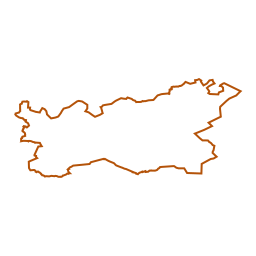 the district of Šķaunes pag., Dagdas, Latvia
{"feature_id": "27541924B39109314614012", "entity_name": "Šķaunes pag.", "entity_type": "district", "adm_level": 2, "iso_a3": "LVA", "parent_name": "Latvia", "parent_adm1": "Dagdas", "projection": "equal_earth", "projection_center": [27.922, 56.167], "detail": "fine", "context": "isolated", "style": "outline", "palette": "amber", "viewbox_px": 256, "rotation_deg": 0, "n_neighbors": 0, "source": "geoboundaries", "source_scale": "gbopen_adm2", "svg_char_len": 5474}
<svg xmlns="http://www.w3.org/2000/svg" viewBox="0 0 256 256"><path d="M22.5,101.7L22.5,101.8L22.4,102.0L22.2,102.3L22.0,102.6L22.0,102.8L21.9,103.0L21.8,103.7L20.8,104.0L20.3,104.3L20.1,104.4L20.0,104.6L20.1,105.0L20.1,106.1L20.1,106.5L20.1,107.2L20.1,107.4L20.1,107.7L20.1,107.8L20.1,108.0L20.1,108.4L20.1,108.7L20.2,109.3L20.1,110.6L20.2,110.9L20.2,111.0L19.9,111.1L19.7,111.5L19.1,112.5L18.8,112.6L17.3,113.0L15.6,113.5L15.5,114.4L15.4,114.5L16.1,115.5L19.0,117.4L20.8,118.0L22.6,118.2L22.7,118.5L22.9,118.7L23.2,118.8L23.4,118.8L24.1,119.8L25.3,120.0L25.9,120.1L26.0,120.1L25.9,121.0L25.5,121.2L25.4,121.3L25.6,121.7L27.5,122.8L27.8,123.1L28.1,123.3L29.0,125.6L27.6,126.8L27.2,127.3L26.9,127.4L26.5,127.4L26.4,127.4L25.8,126.8L25.7,126.5L24.1,126.2L24.1,126.3L23.7,126.5L23.9,126.7L23.8,126.8L24.0,126.9L24.1,127.2L23.8,128.1L23.6,128.5L23.2,128.8L22.9,129.5L23.0,129.6L22.8,129.9L22.9,130.9L22.8,131.0L22.6,131.1L23.3,131.8L24.1,132.2L24.5,132.7L24.8,133.0L25.0,133.3L25.0,133.6L25.0,133.9L25.2,134.5L25.0,135.0L25.2,135.9L25.0,136.0L24.3,136.1L23.8,136.4L22.6,136.6L22.4,136.7L22.3,136.8L22.2,137.2L22.1,138.1L21.2,138.5L21.1,139.1L21.2,140.1L21.1,140.3L21.5,141.0L21.4,141.2L23.7,140.8L28.0,141.0L28.4,141.4L29.1,140.9L30.9,141.1L31.9,141.5L33.0,142.0L33.8,142.1L34.8,142.3L35.1,142.8L36.0,142.6L39.9,142.9L40.4,144.0L41.3,145.6L41.7,146.2L40.9,146.3L38.3,146.5L34.4,155.1L34.6,155.6L36.1,155.9L36.1,157.2L37.1,158.1L30.5,160.9L28.8,161.7L29.0,168.0L29.7,169.3L30.4,170.3L33.7,170.0L34.2,170.0L34.6,170.2L35.2,170.6L35.5,170.9L35.6,171.7L36.6,172.2L37.3,171.7L37.5,171.6L38.3,171.6L38.9,172.2L39.7,172.5L40.3,173.1L41.1,173.7L41.2,173.8L41.1,174.1L42.2,175.3L42.8,175.2L42.9,175.3L43.9,175.7L44.8,176.1L44.7,176.4L44.8,176.5L45.0,176.5L45.4,176.4L46.3,176.2L49.2,176.4L50.3,176.1L51.2,175.9L51.7,175.9L54.5,176.2L54.9,176.0L55.3,175.9L56.2,176.0L56.9,176.1L57.9,176.6L58.6,176.8L59.6,176.8L60.6,176.7L60.9,176.8L61.0,176.9L62.4,176.3L62.7,175.9L62.8,175.6L63.1,175.6L64.5,175.1L66.1,174.5L67.2,173.6L68.6,173.8L69.5,173.2L69.8,173.2L68.5,171.9L68.1,170.7L67.9,169.8L67.9,169.7L68.1,169.4L68.3,169.3L68.0,169.2L70.0,167.3L71.3,166.8L73.2,165.6L81.7,164.8L89.6,164.0L90.9,162.2L92.8,161.7L98.4,160.2L103.4,158.9L103.6,158.9L103.8,159.2L104.1,159.3L104.4,159.2L104.9,158.9L107.0,160.1L108.1,160.7L109.8,161.5L112.3,162.5L113.8,163.1L114.2,163.4L115.7,165.0L116.2,165.4L118.7,166.4L121.6,167.5L122.3,167.7L124.5,168.7L126.0,169.0L130.2,170.8L133.5,172.2L133.3,172.4L135.2,172.8L135.8,173.1L136.0,173.1L136.3,173.8L136.8,173.7L137.9,174.2L138.4,173.6L139.5,172.7L141.1,172.2L142.2,171.6L142.5,172.1L145.4,171.1L145.6,172.0L148.2,171.7L149.4,170.7L149.7,170.7L149.9,170.6L150.1,170.7L150.8,170.5L151.2,170.4L151.7,170.6L151.9,170.7L152.5,170.6L153.4,170.6L154.1,170.7L154.5,170.6L155.3,170.6L155.9,170.4L156.9,170.0L157.3,169.8L157.4,169.7L158.1,168.7L158.8,168.4L159.3,168.1L159.3,167.9L160.0,167.1L161.9,166.9L173.6,166.1L174.0,166.1L174.4,166.3L175.5,167.1L176.3,167.7L176.6,167.8L178.5,168.3L183.6,168.3L184.2,168.3L187.1,173.0L201.4,173.5L201.7,163.9L210.7,159.0L213.6,158.5L216.6,156.7L212.6,152.9L212.8,151.4L213.5,150.4L214.4,145.8L213.3,145.3L212.7,145.1L211.2,143.2L210.4,142.7L209.8,142.2L209.3,142.1L208.9,141.6L208.7,141.3L208.0,140.5L205.7,140.4L202.5,140.4L199.9,138.3L194.9,133.6L195.7,133.3L204.1,129.9L212.0,126.1L208.6,122.7L218.3,117.9L220.8,116.7L220.0,108.8L220.2,106.8L226.4,101.0L229.3,98.6L236.4,95.4L236.6,95.1L239.2,92.5L240.6,91.2L224.2,83.2L223.2,83.5L220.1,85.4L219.9,86.0L221.4,86.1L223.0,87.6L223.2,90.8L218.9,92.4L218.3,94.4L209.8,94.0L208.3,93.1L209.3,91.6L208.9,90.7L207.5,88.8L206.9,88.0L208.7,86.4L211.9,84.6L214.5,83.5L213.0,81.5L212.6,79.9L209.5,80.4L207.3,83.1L206.7,83.7L203.5,85.4L200.9,81.6L201.3,80.6L199.0,79.1L197.4,79.9L195.1,80.2L195.5,82.5L190.2,83.8L185.5,81.9L185.3,82.1L184.4,83.2L183.9,83.6L183.9,83.8L183.6,84.0L182.5,84.8L181.7,85.5L181.2,85.7L180.5,86.0L180.2,86.0L180.1,85.9L179.5,86.0L179.4,86.1L178.6,86.4L178.3,86.6L177.7,86.5L177.2,86.6L176.9,86.6L176.5,86.5L176.0,86.6L175.4,86.6L175.1,86.7L174.8,86.7L174.4,86.8L173.7,86.6L173.0,86.7L172.9,86.8L171.6,87.1L171.5,87.4L171.5,87.6L171.6,87.8L171.6,88.0L171.3,88.2L171.2,88.4L171.4,88.6L171.9,89.0L171.6,89.4L171.3,89.5L170.4,89.6L170.0,89.6L169.9,89.5L169.6,89.6L169.5,90.0L169.7,90.8L169.6,91.3L169.6,91.8L169.4,92.1L169.2,92.2L169.1,92.3L169.0,93.1L168.8,93.3L168.8,93.5L169.3,93.9L169.2,94.0L167.8,93.5L162.7,94.0L161.3,94.2L158.0,95.3L157.8,95.3L157.4,95.6L153.5,99.9L153.2,100.0L148.7,100.3L145.6,101.1L144.3,101.1L144.2,101.1L143.4,101.3L143.0,101.2L142.9,101.1L142.5,101.0L142.2,101.2L141.8,101.6L141.6,101.7L141.4,101.8L140.9,101.8L140.2,102.0L137.7,102.0L136.5,102.0L136.2,102.1L135.1,100.7L133.1,100.1L131.7,98.9L130.5,98.5L127.5,97.5L126.6,98.4L126.3,98.9L123.9,98.7L121.1,98.2L116.1,100.6L114.8,101.4L113.6,102.3L111.5,103.9L104.6,105.0L102.9,105.4L101.8,106.8L100.7,107.1L101.1,107.6L102.0,110.7L102.3,112.1L102.7,113.2L100.0,114.8L95.0,116.8L92.3,115.0L88.6,112.3L85.4,111.3L85.7,110.9L87.3,108.5L87.3,104.8L82.2,101.5L81.2,101.3L78.8,100.9L77.2,101.3L73.1,104.2L69.1,107.1L63.6,108.6L61.7,111.4L61.0,112.8L58.3,116.5L56.5,117.2L55.2,117.6L51.1,118.4L48.0,115.4L47.0,114.4L47.0,114.2L46.3,111.1L45.4,110.1L44.7,109.2L42.3,108.1L41.0,110.2L40.3,111.2L39.8,112.5L35.5,111.8L35.1,111.6L30.7,110.2L30.3,110.0L29.9,109.1L30.1,107.6L28.0,107.6L28.4,102.1L27.0,101.2L26.5,101.7L23.9,101.5L22.5,101.7Z" fill="none" stroke="#b45309" stroke-width="2"/></svg>